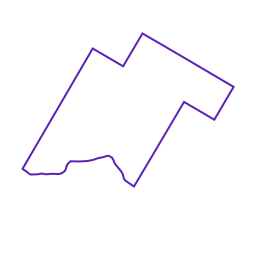 Louisa, Iowa, United States of America (Robinson projection), rotated 120°
{"feature_id": "52423323B44101678626651", "entity_name": "Louisa", "entity_type": "district", "adm_level": 2, "iso_a3": "USA", "parent_name": "United States of America", "parent_adm1": "Iowa", "projection": "robinson", "projection_center": [-91.114, 41.248], "detail": "fine", "context": "isolated", "style": "outline", "palette": "violet", "viewbox_px": 256, "rotation_deg": 120, "n_neighbors": 0, "source": "geoboundaries", "source_scale": "gbopen_adm2", "svg_char_len": 680}
<svg xmlns="http://www.w3.org/2000/svg" viewBox="0 0 256 256"><g transform="rotate(120 128 128)"><path d="M39.6,57.1L39.0,127.4L38.9,162.7L77.0,163.1L76.8,198.3L216.1,198.9L216.5,194.2L217.1,190.0L217.0,189.2L213.5,183.4L210.6,180.0L209.0,175.7L205.5,170.7L202.8,165.4L201.0,163.4L200.0,162.6L196.8,161.2L195.2,161.3L190.4,162.3L189.4,162.2L185.6,161.2L181.2,153.2L177.6,147.7L175.2,144.6L172.4,141.7L168.6,138.4L166.0,135.2L163.2,132.7L162.2,131.7L161.8,130.8L161.6,127.3L162.9,124.8L164.8,122.4L165.9,120.4L168.9,112.4L170.6,109.4L173.7,106.4L174.6,104.9L175.1,101.7L175.6,93.6L149.2,93.2L77.4,92.5L77.7,57.4L39.6,57.1Z" fill="none" stroke="#5b21b6" stroke-width="2"/></g></svg>